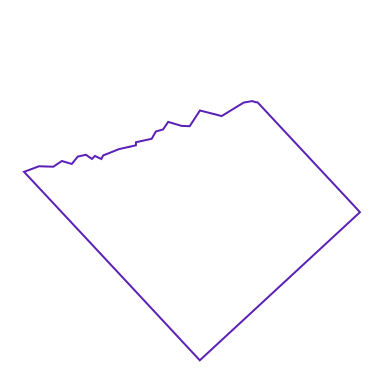 Douglas, Colorado, United States of America, rotated 47°
{"feature_id": "52423323B5867445839727", "entity_name": "Douglas", "entity_type": "district", "adm_level": 2, "iso_a3": "USA", "parent_name": "United States of America", "parent_adm1": "Colorado", "projection": "mercator", "projection_center": [-105.087, 39.348], "detail": "fine", "context": "isolated", "style": "outline", "palette": "violet", "viewbox_px": 384, "rotation_deg": 47, "n_neighbors": 0, "source": "geoboundaries", "source_scale": "gbopen_adm2", "svg_char_len": 589}
<svg xmlns="http://www.w3.org/2000/svg" viewBox="0 0 384 384"><g transform="rotate(47 192 192)"><path d="M177.1,301.0L230.6,301.0L320.4,301.1L321.3,83.0L314.0,82.9L273.2,82.9L261.3,82.9L227.0,82.9L223.4,82.9L200.5,82.9L171.2,82.9L169.5,84.4L166.6,85.9L161.8,93.3L156.7,118.5L137.8,130.6L142.3,148.8L136.6,154.5L124.5,161.6L126.5,170.5L123.1,177.2L125.6,185.2L117.4,199.0L119.6,201.2L110.8,216.2L104.7,232.0L106.0,235.8L99.4,238.4L99.6,242.6L92.4,244.2L88.2,251.4L89.5,260.8L80.6,266.0L78.9,276.2L68.8,286.4L62.7,301.1L177.1,301.0Z" fill="none" stroke="#5b21b6" stroke-width="2"/></g></svg>